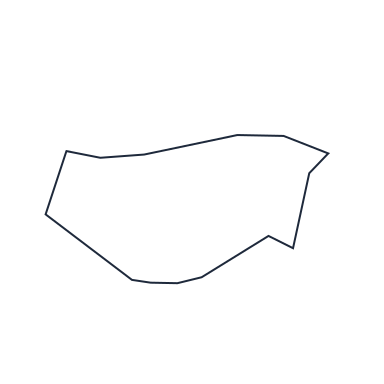 SVG path tracing the border of Bistrica ob Sotli, rotated 328°
{"feature_id": "SVN-255", "entity_name": "Bistrica ob Sotli", "entity_type": "Municipality", "adm_level": 1, "iso_a3": "SVN", "parent_name": "Slovenia", "parent_adm1": "", "projection": "natural_earth1", "projection_center": [15.648, 46.051], "detail": "fine", "context": "isolated", "style": "outline", "palette": "slate", "viewbox_px": 384, "rotation_deg": 328, "n_neighbors": 0, "source": "natural_earth", "source_scale": "10m", "svg_char_len": 365}
<svg xmlns="http://www.w3.org/2000/svg" viewBox="0 0 384 384"><g transform="rotate(328 192 192)"><path d="M107.2,90.8L132.4,114.4L171.3,134.9L260.6,167.7L299.4,193.0L328.0,231.5L327.1,231.7L301.4,238.2L247.9,293.2L233.6,269.8L155.0,269.4L131.3,261.6L108.9,247.0L94.5,234.7L56.0,133.4L106.9,91.0L107.2,90.8Z" fill="none" stroke="#1e293b" stroke-width="2"/></g></svg>